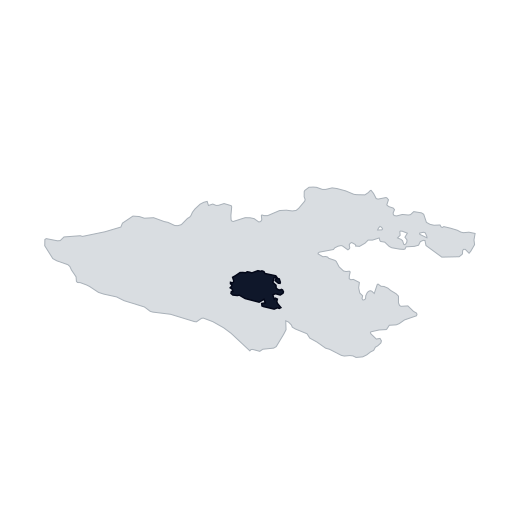 Jumgal, Naryn, Kyrgyzstan (highlighted), rotated 195°
{"feature_id": "92254566B27312472706206", "entity_name": "Jumgal", "entity_type": "district", "adm_level": 2, "iso_a3": "KGZ", "parent_name": "Kyrgyzstan", "parent_adm1": "Naryn", "projection": "robinson", "projection_center": [74.373, 41.867], "detail": "fine", "context": "in_parent", "style": "filled", "palette": "ink", "viewbox_px": 512, "rotation_deg": 195, "n_neighbors": 0, "source": "geoboundaries", "source_scale": "gbopen_adm2", "svg_char_len": 4642}
<svg xmlns="http://www.w3.org/2000/svg" viewBox="0 0 512 512"><g transform="rotate(195 256 256)"><path d="M113.9,301.3L115.1,300.6L119.1,299.8L127.1,299.1L129.8,299.7L135.2,302.7L139.4,302.3L140.2,302.8L141.7,305.3L147.6,301.5L151.8,300.4L154.0,296.6L158.5,292.1L162.4,291.4L162.4,292.1L163.1,292.8L167.1,293.8L168.3,292.6L168.9,291.0L167.6,288.4L167.6,287.3L168.8,285.7L175.1,288.1L176.5,288.1L179.3,286.7L182.0,284.3L182.9,282.3L195.8,276.1L196.7,274.9L196.6,274.1L191.2,272.6L188.8,273.5L186.5,273.5L185.2,272.6L178.6,272.2L177.2,271.6L172.9,267.0L167.6,264.2L165.0,264.3L161.9,265.5L160.9,265.0L160.7,260.7L160.1,258.2L158.3,257.6L155.9,258.6L149.3,257.2L148.6,251.8L146.2,247.1L142.7,245.2L142.6,242.4L141.4,241.2L140.4,241.5L139.1,243.0L139.7,246.1L139.1,249.2L138.3,250.8L136.8,252.0L135.1,252.0L132.1,250.4L131.5,259.9L130.9,260.5L127.4,259.1L124.5,259.7L120.3,259.1L117.1,257.6L110.9,255.8L108.0,254.1L106.3,247.7L104.6,245.4L103.0,244.9L96.4,247.1L89.6,243.3L86.2,242.4L85.4,241.3L85.5,239.8L96.0,232.7L100.1,227.8L102.7,225.8L109.3,223.6L110.8,219.1L111.3,218.6L118.0,216.4L125.4,212.5L125.6,211.4L124.8,210.5L118.3,206.9L114.9,208.5L112.9,206.5L112.9,204.3L115.2,200.7L117.1,198.8L117.9,195.3L120.6,192.9L123.4,189.2L126.8,186.2L133.1,183.9L136.5,184.6L139.7,184.1L144.8,182.2L147.9,182.1L160.7,184.9L165.0,185.0L175.0,188.7L182.8,190.6L186.6,194.1L199.2,195.7L202.6,196.7L203.9,198.5L207.5,200.6L210.5,201.1L207.9,192.6L209.0,187.6L213.0,173.7L215.1,171.6L225.3,167.7L227.7,164.9L235.0,164.9L236.6,164.4L237.4,162.8L260.1,174.9L268.7,178.3L280.7,181.4L290.8,182.4L292.5,181.7L296.5,177.0L298.4,176.7L323.4,177.6L341.3,175.1L343.9,175.2L350.6,177.9L371.8,178.7L380.1,180.4L393.3,179.8L398.8,180.1L408.9,183.5L412.4,184.2L419.0,184.8L421.5,184.2L422.9,185.0L424.4,189.3L430.7,194.8L433.1,197.7L435.4,198.9L447.2,199.8L451.6,200.9L462.7,211.2L464.2,217.3L463.1,218.5L451.6,219.3L449.1,220.2L446.4,224.7L431.0,230.1L428.7,230.0L408.2,240.3L394.0,249.0L393.5,253.2L385.2,262.7L378.9,263.9L373.6,263.6L364.8,266.5L353.6,265.5L349.7,265.7L342.3,264.4L339.3,265.1L336.2,267.0L331.9,274.6L330.1,276.4L329.3,278.1L328.7,281.8L327.1,285.7L323.4,291.6L320.3,294.4L317.3,296.1L315.0,292.5L311.2,295.0L307.6,294.5L305.4,295.2L300.4,298.4L293.0,298.2L292.2,297.2L290.7,288.5L289.4,284.4L288.3,283.5L287.0,283.4L276.4,290.2L271.5,291.4L267.5,291.6L262.2,289.6L261.0,290.1L260.1,291.2L259.8,292.6L261.3,296.4L260.9,297.2L258.5,297.1L255.2,298.0L245.0,306.0L238.6,308.1L232.6,308.9L229.0,310.4L227.0,313.3L223.1,321.7L223.2,323.4L224.8,325.6L226.1,330.7L225.8,332.0L222.6,336.1L218.5,337.4L215.3,338.0L209.1,337.5L206.0,338.3L200.1,341.5L195.3,342.1L186.3,342.1L177.4,340.9L174.5,341.3L166.7,343.2L164.0,346.2L162.5,348.9L161.8,349.2L158.6,346.8L154.7,342.5L152.7,342.6L145.6,346.1L144.6,346.0L142.6,344.6L142.9,339.2L140.6,338.1L135.8,337.8L134.2,336.6L134.7,333.1L134.2,331.8L133.0,330.8L130.5,331.1L125.4,334.0L119.5,335.0L117.5,335.9L115.1,339.7L107.3,340.5L104.8,339.7L100.1,332.6L96.0,331.6L91.9,331.8L86.3,333.6L84.9,332.1L83.5,331.7L82.2,333.0L75.3,333.2L68.3,333.0L64.3,332.1L61.7,332.2L56.5,334.1L50.2,334.5L49.6,327.9L47.8,323.5L49.8,316.2L50.9,313.8L55.6,316.6L57.3,316.1L57.8,314.7L57.1,311.4L59.5,307.9L76.2,303.0L94.5,310.1L96.8,314.7L98.4,314.5L101.0,312.4L101.8,308.5L105.5,306.3L113.4,303.7L113.9,301.3ZM123.1,317.4L123.4,316.7L122.1,313.3L124.0,310.1L120.3,309.6L118.4,308.7L116.3,305.5L115.6,305.3L114.5,306.2L113.9,308.3L114.3,310.6L117.0,312.7L115.7,317.2L121.2,317.8L123.1,317.4ZM103.8,320.5L103.7,319.5L102.4,319.1L95.6,317.8L95.8,318.7L98.4,322.1L100.4,322.3L103.8,320.5ZM144.9,314.7L145.3,312.6L141.2,313.8L140.7,314.9L142.1,316.2L143.9,316.7L144.9,314.7Z" fill="#d9dde1" stroke="#a8b0b8" stroke-width="1"/><path d="M222.5,224.6L220.3,227.0L220.2,228.5L221.6,230.1L222.9,230.3L223.8,229.3L226.3,229.3L228.3,230.3L229.1,232.9L232.9,234.8L232.9,239.6L231.8,240.2L230.4,239.2L231.0,238.4L231.1,237.2L227.4,235.5L225.7,235.8L225.7,237.0L227.6,239.9L229.2,239.9L231.8,242.0L242.9,241.4L244.3,243.0L246.5,243.2L247.2,242.5L250.4,242.3L255.6,238.6L258.3,238.7L260.4,238.5L261.7,237.1L264.3,236.7L267.1,235.9L270.7,231.7L273.1,229.4L271.0,226.2L271.0,224.7L272.0,224.0L273.8,224.0L273.5,222.6L271.7,221.8L271.7,220.6L272.7,218.6L270.6,218.0L269.1,215.7L270.6,215.2L270.5,213.4L268.3,212.3L263.7,213.0L262.0,213.9L255.5,212.1L241.0,212.2L237.1,216.3L234.9,213.2L238.2,211.6L237.3,209.3L235.7,209.1L224.7,209.4L221.9,211.5L219.9,211.4L218.6,212.6L223.1,215.8L224.2,217.5L224.2,219.9L226.3,220.3L227.1,219.0L229.7,222.6L227.9,224.4L227.5,224.4L227.0,224.6L222.5,224.6Z" fill="#0f172a" stroke="#020617" stroke-width="1.5"/></g></svg>